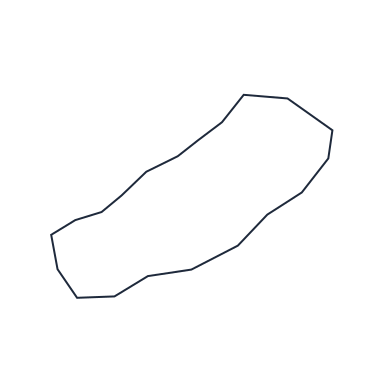 the district of Santa Cruz de Minas, Minas Gerais, Brazil, rotated 159°
{"feature_id": "56859067B4743416484635", "entity_name": "Santa Cruz de Minas", "entity_type": "district", "adm_level": 2, "iso_a3": "BRA", "parent_name": "Brazil", "parent_adm1": "Minas Gerais", "projection": "natural_earth1", "projection_center": [-44.215, -21.121], "detail": "fine", "context": "isolated", "style": "outline", "palette": "slate", "viewbox_px": 384, "rotation_deg": 159, "n_neighbors": 0, "source": "geoboundaries", "source_scale": "gbopen_adm2", "svg_char_len": 414}
<svg xmlns="http://www.w3.org/2000/svg" viewBox="0 0 384 384"><g transform="rotate(159 192 192)"><path d="M301.8,122.3L263.3,129.3L220.4,119.8L168.4,125.5L129.8,143.9L89.7,152.2L52.7,174.5L38.8,199.3L69.3,245.1L108.9,264.2L139.0,246.4L167.9,238.1L192.5,230.5L227.4,227.3L259.0,214.0L283.6,205.7L311.0,207.6L338.8,202.5L345.2,168.1L337.2,134.4L301.8,122.3Z" fill="none" stroke="#1e293b" stroke-width="2"/></g></svg>